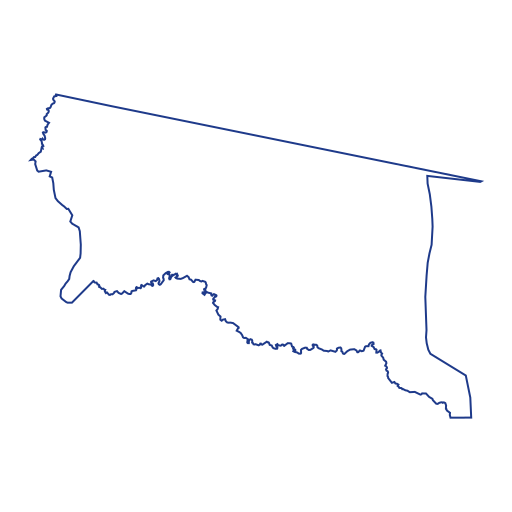 outline of 25 de Mayo, San Juan, Argentina
{"feature_id": "61730980B22681975457322", "entity_name": "25 de Mayo", "entity_type": "district", "adm_level": 2, "iso_a3": "ARG", "parent_name": "Argentina", "parent_adm1": "San Juan", "projection": "natural_earth1", "projection_center": [-67.911, -32.038], "detail": "fine", "context": "isolated", "style": "outline", "palette": "blue", "viewbox_px": 512, "rotation_deg": 0, "n_neighbors": 0, "source": "geoboundaries", "source_scale": "gbopen_adm2", "svg_char_len": 6006}
<svg xmlns="http://www.w3.org/2000/svg" viewBox="0 0 512 512"><path d="M450.5,417.7L471.2,417.6L470.3,397.6L465.8,375.5L430.4,353.8L428.3,349.7L426.7,343.2L426.0,337.4L426.5,330.1L425.3,296.9L426.6,275.5L427.7,262.7L429.5,253.2L431.6,244.8L432.6,226.6L432.3,219.0L431.4,206.8L429.8,194.3L427.6,183.6L427.3,175.9L480.2,181.9L481.3,181.3L111.7,106.2L55.2,94.3L56.6,95.2L56.5,96.0L54.2,96.4L53.1,98.5L53.2,99.6L54.7,101.4L54.5,102.5L54.0,103.2L52.8,103.6L51.5,104.7L50.5,107.3L49.9,108.0L47.7,108.4L46.9,108.9L47.1,109.6L48.4,110.0L48.7,110.6L48.7,111.7L48.2,112.7L46.7,114.1L46.7,115.3L46.4,115.7L44.3,117.3L44.2,118.9L44.9,120.6L49.0,122.8L47.6,124.6L47.0,126.8L46.0,126.9L45.4,127.4L45.6,129.9L46.8,130.9L46.6,131.9L45.7,132.6L43.3,132.2L42.9,132.5L43.4,134.0L44.6,135.7L45.2,138.2L45.0,139.3L44.1,139.8L43.2,139.5L42.5,138.6L41.5,140.0L41.2,139.3L40.4,139.0L40.2,139.5L41.5,140.9L42.0,143.1L41.9,143.8L42.7,144.6L43.3,146.0L42.1,146.4L42.6,148.3L41.6,147.9L40.8,151.7L38.7,153.1L37.3,154.9L36.1,155.5L35.2,157.0L33.9,157.1L33.1,158.1L31.8,158.8L30.7,160.0L33.7,159.5L35.6,161.4L35.2,164.1L37.2,170.5L38.6,171.7L46.3,170.4L51.1,171.8L49.7,176.4L52.2,177.5L53.3,183.2L53.8,189.8L55.5,198.1L57.9,201.2L62.3,205.1L64.1,206.4L66.8,209.0L68.3,208.8L72.3,215.3L70.3,221.5L72.2,223.7L78.6,227.4L79.8,231.2L80.8,244.7L80.6,253.5L80.1,257.8L73.8,266.2L70.6,272.2L69.6,275.9L69.2,279.0L67.6,281.3L65.6,283.6L64.2,286.0L61.1,289.8L60.5,296.3L61.6,298.5L66.1,302.0L67.6,302.7L71.9,302.7L93.4,281.0L93.9,281.3L94.1,282.0L95.0,282.6L96.6,282.6L97.5,284.4L98.1,284.4L99.1,285.0L99.3,285.5L99.0,286.1L99.5,286.6L99.4,287.1L100.3,287.3L101.9,288.9L103.5,288.7L104.5,289.8L105.2,289.9L104.8,291.1L105.5,292.6L105.9,293.1L106.9,292.4L109.2,294.9L110.1,294.9L111.0,294.2L112.5,294.3L113.9,293.1L114.5,291.9L117.0,291.1L118.6,292.9L121.1,294.0L122.1,293.5L124.3,291.2L128.1,293.7L129.3,294.0L130.6,294.0L131.4,292.8L131.5,291.4L132.1,291.0L136.0,290.3L136.4,289.6L135.9,288.4L136.1,287.5L136.6,287.1L137.2,287.5L137.5,288.0L139.5,287.8L140.6,288.2L141.1,287.7L141.1,285.3L141.6,285.0L143.7,286.5L144.3,286.5L145.0,285.3L147.3,283.6L148.8,284.3L150.9,284.5L152.1,285.8L152.6,285.9L153.2,285.0L152.8,283.4L151.5,282.9L151.1,282.3L151.1,281.6L153.6,280.4L155.7,281.1L157.0,280.1L157.5,278.4L158.3,278.1L159.0,278.9L159.5,281.0L158.5,283.2L158.8,284.2L159.8,284.8L160.7,284.3L163.7,280.3L163.6,278.8L163.1,277.8L163.3,275.4L165.7,273.1L167.9,271.9L168.9,271.8L169.6,272.4L169.3,272.9L167.5,273.0L167.2,273.5L167.5,274.0L169.2,274.6L169.7,275.0L169.8,275.6L169.1,278.4L169.5,279.3L170.3,279.2L171.3,276.7L171.8,276.4L172.1,274.8L172.7,274.8L172.9,275.5L175.8,273.7L176.4,274.6L177.1,274.0L177.8,275.7L177.2,276.5L175.5,277.5L175.9,278.0L177.2,278.6L180.7,278.9L182.9,278.1L187.0,275.8L188.6,277.1L189.5,279.3L191.1,279.7L193.0,281.9L193.6,282.1L194.3,281.9L195.5,279.7L198.8,280.0L199.8,280.9L201.3,281.5L202.5,280.9L205.2,281.8L205.7,282.4L206.1,284.2L206.7,285.1L206.1,287.6L205.6,288.4L204.2,289.0L204.1,289.7L205.4,290.1L205.5,290.9L204.7,292.1L202.6,292.4L202.5,293.3L204.5,294.8L205.2,293.6L206.8,292.0L207.9,292.6L211.2,293.4L211.2,294.6L211.6,295.5L212.4,295.7L213.3,294.4L213.9,294.1L216.3,295.2L216.5,295.7L216.2,296.4L214.9,296.6L214.8,297.2L213.3,298.6L213.2,299.6L215.1,300.4L214.9,301.1L213.3,302.2L213.0,302.9L214.7,305.0L217.3,307.0L218.1,307.2L217.7,308.9L216.4,310.5L218.4,314.7L220.5,316.5L220.3,319.4L220.5,319.9L221.7,320.7L222.7,319.7L225.1,319.2L225.8,321.2L227.1,322.4L228.3,322.7L230.4,322.6L233.1,323.1L238.6,327.2L238.7,327.9L237.9,328.5L236.7,330.7L239.4,332.1L240.7,333.0L242.2,335.2L243.0,337.3L243.9,337.9L244.9,338.0L245.8,337.8L248.0,339.3L247.4,341.0L247.3,342.6L247.8,343.1L248.8,343.1L248.9,340.9L249.5,339.9L250.4,339.2L251.8,339.7L252.3,340.9L252.1,342.6L253.1,343.2L253.5,344.3L254.7,344.5L255.5,344.2L258.7,345.3L259.7,344.7L260.3,343.6L260.9,343.6L261.3,344.4L262.3,344.7L266.8,341.7L267.8,342.4L268.5,342.3L269.0,342.9L269.7,344.9L271.7,345.5L272.7,347.5L273.5,348.2L275.5,348.8L277.1,348.7L277.4,347.9L277.3,347.0L276.5,346.7L275.9,345.0L277.4,344.1L278.1,345.2L280.7,345.7L281.4,345.3L281.8,344.7L282.7,344.5L283.5,344.8L283.7,345.6L284.2,345.9L287.7,343.2L290.2,343.3L291.2,343.6L292.0,346.5L293.4,347.0L293.8,347.5L293.1,348.4L293.4,349.2L293.7,349.6L294.7,349.3L295.3,349.8L295.3,350.8L293.6,350.7L293.3,351.2L294.6,351.9L297.2,352.5L298.8,353.6L300.1,353.7L300.7,353.6L301.1,353.0L301.0,349.9L302.0,348.9L305.0,347.7L306.0,347.7L306.8,347.8L307.0,348.7L308.8,350.0L310.3,349.9L313.4,348.0L313.8,347.0L312.7,345.6L312.6,345.0L313.0,344.5L313.8,344.4L314.5,344.9L316.0,344.7L317.2,345.5L317.5,347.3L318.6,348.2L321.9,349.5L323.7,350.7L327.1,351.0L328.2,351.5L330.6,350.4L335.4,351.8L336.7,350.6L337.0,349.8L336.9,348.7L337.3,348.3L338.7,347.7L340.5,347.5L341.2,348.3L341.4,349.3L341.4,351.2L342.3,351.7L342.9,353.4L343.4,353.8L344.4,353.9L347.3,351.2L350.1,349.6L354.3,349.2L356.5,350.5L357.3,352.2L357.8,352.3L358.4,352.1L359.7,350.5L360.6,350.6L361.3,351.2L362.8,351.0L363.6,350.6L365.1,346.7L366.0,346.2L368.5,346.2L368.9,344.5L370.4,342.8L372.5,342.2L373.4,342.6L373.6,344.0L372.4,344.6L371.7,345.3L371.7,345.9L373.6,347.0L374.6,349.1L375.9,349.2L376.5,349.7L376.3,352.6L377.2,352.7L378.9,351.8L379.7,350.7L380.5,350.4L381.0,352.5L382.1,353.6L381.4,354.8L381.4,355.6L383.2,357.7L383.7,359.7L386.1,361.7L386.4,363.2L385.2,365.7L385.9,366.0L386.9,367.3L387.0,368.0L386.0,369.3L386.5,370.6L387.8,371.4L388.1,372.7L387.6,373.8L387.5,376.1L388.1,377.0L388.2,378.1L391.9,382.8L394.4,382.0L395.4,383.5L397.1,383.8L398.4,384.6L397.6,385.9L398.9,387.0L399.3,387.9L401.5,388.1L402.3,389.2L402.9,389.0L405.4,390.3L407.4,390.7L409.8,392.2L414.8,391.9L420.4,394.6L421.4,394.3L422.1,393.4L426.0,393.5L429.1,396.9L432.4,398.8L432.9,400.2L436.2,403.7L437.7,403.9L439.3,402.8L441.3,402.3L442.3,402.4L442.8,402.8L443.3,402.4L444.2,402.5L445.3,403.1L446.1,405.5L445.9,408.2L446.3,408.9L446.1,409.1L447.1,410.7L450.0,412.8L449.8,415.0L450.5,417.7Z" fill="none" stroke="#1e3a8a" stroke-width="2"/></svg>